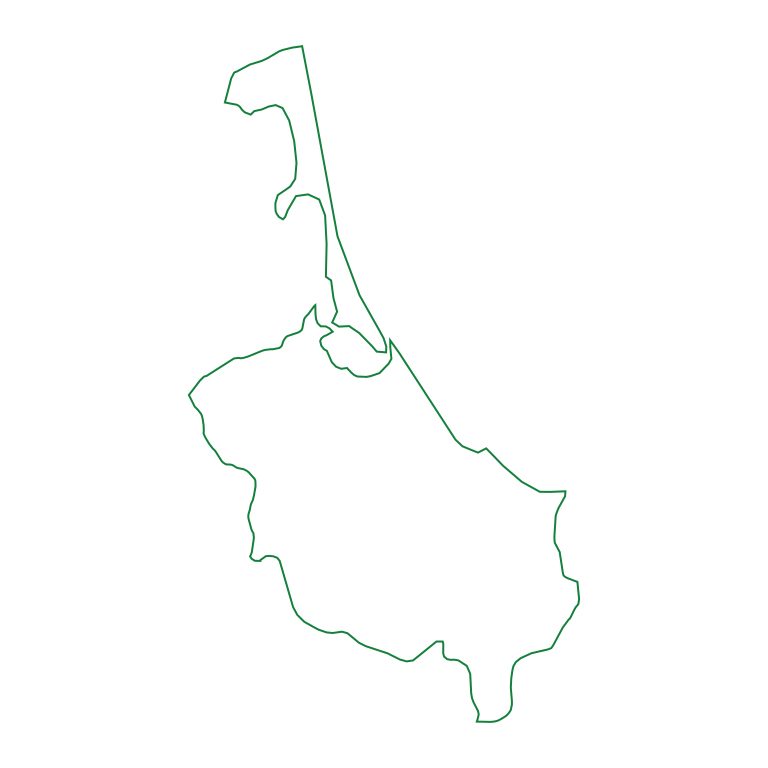 the Province of Songkhla
{"feature_id": "THA-386", "entity_name": "Songkhla", "entity_type": "Province", "adm_level": 1, "iso_a3": "THA", "parent_name": "Thailand", "parent_adm1": "", "projection": "robinson", "projection_center": [100.464, 7.118], "detail": "fine", "context": "isolated", "style": "outline", "palette": "green", "viewbox_px": 768, "rotation_deg": 0, "n_neighbors": 0, "source": "natural_earth", "source_scale": "10m", "svg_char_len": 3354}
<svg xmlns="http://www.w3.org/2000/svg" viewBox="0 0 768 768"><path d="M260.4,560.9L254.9,560.8L251.7,558.8L250.1,556.5L251.8,552.4L253.9,537.9L253.4,533.1L252.0,530.8L251.4,529.3L248.4,518.2L248.3,515.6L248.6,513.7L249.7,510.3L250.7,505.2L251.2,503.5L251.9,502.3L252.9,499.8L253.9,495.9L255.5,486.8L255.5,482.7L255.2,480.0L254.6,478.9L248.8,472.4L246.9,470.9L244.7,469.7L243.4,469.2L237.7,468.0L236.4,467.5L233.3,465.5L232.2,465.0L230.8,464.6L226.3,464.4L225.1,463.9L223.0,462.4L222.1,461.6L221.4,460.7L215.8,451.8L214.4,450.0L212.6,448.3L209.2,443.9L205.7,438.1L204.3,435.3L203.6,433.3L203.6,432.9L203.6,432.6L203.6,432.4L203.8,430.7L203.6,425.1L202.7,419.1L202.0,416.2L201.3,414.2L198.0,409.9L194.7,406.6L188.9,395.0L200.1,380.4L204.0,376.6L206.6,375.9L233.9,358.5L238.1,357.9L239.5,358.0L240.9,358.3L243.8,357.8L248.1,356.5L262.3,350.7L265.3,349.9L271.1,349.2L272.4,349.3L279.3,348.0L280.8,346.9L281.8,345.7L283.3,341.2L284.3,339.4L286.1,337.0L287.7,336.0L298.1,332.5L300.5,331.1L301.9,329.6L302.4,328.2L303.9,320.3L304.3,318.9L305.1,317.6L306.2,316.2L308.4,314.0L314.5,305.7L315.3,305.1L315.5,314.3L316.1,319.2L317.5,323.1L320.7,326.3L325.8,326.4L329.4,328.3L332.7,331.7L326.8,335.1L323.6,336.5L321.2,338.6L320.2,341.1L321.3,345.7L323.9,349.1L326.9,350.9L331.8,362.2L336.2,366.8L341.3,368.8L347.0,368.0L351.2,372.5L354.2,375.1L357.4,376.5L366.5,376.9L370.7,376.1L379.5,373.1L388.6,363.7L391.4,358.8L390.3,347.4L390.2,340.3L399.5,353.4L455.5,439.7L462.5,446.3L472.2,450.3L478.0,452.6L486.2,448.4L492.2,454.5L503.1,465.8L521.9,481.9L539.8,491.8L550.4,491.9L565.4,491.3L565.1,496.2L558.6,507.9L556.7,512.6L555.7,515.8L554.4,536.4L554.5,540.2L554.8,542.8L559.7,552.1L562.8,572.5L563.5,575.3L564.4,576.3L565.3,577.0L567.6,578.2L577.4,581.9L579.1,599.1L578.3,604.2L576.3,606.5L574.9,608.6L570.5,617.5L569.7,618.7L568.8,619.4L563.0,627.2L553.2,645.3L551.3,648.1L548.0,649.4L531.5,653.2L520.6,658.2L515.8,662.1L513.5,666.0L512.5,669.8L511.3,678.1L510.8,687.6L511.9,700.8L511.9,704.7L510.7,710.2L508.5,713.5L506.1,715.9L500.6,719.3L498.2,720.5L496.3,721.1L494.5,721.5L490.6,721.9L485.6,721.8L476.8,721.6L477.9,718.1L478.7,714.4L478.0,710.9L473.7,702.6L472.0,698.1L471.2,693.3L470.2,673.8L466.8,665.9L458.4,660.4L454.3,659.7L450.6,659.8L447.2,659.2L444.1,656.6L443.2,653.2L443.3,644.0L442.7,641.5L436.5,641.5L413.1,660.4L406.7,661.4L400.1,659.6L387.7,653.4L365.6,646.1L358.9,642.7L347.4,633.2L342.0,631.7L332.6,633.0L326.5,632.4L318.4,629.6L314.8,627.7L304.4,621.9L297.3,614.9L293.1,607.1L279.7,560.9L277.2,557.8L273.3,556.3L269.1,555.9L265.8,556.2L260.4,560.1L260.4,560.9ZM302.1,46.1L311.1,92.7L337.5,236.3L359.5,295.2L379.0,329.8L383.6,338.2L386.3,346.6L386.1,352.4L376.7,351.6L372.1,346.2L359.1,332.9L352.1,328.2L349.2,326.1L339.0,326.6L332.2,322.5L337.1,311.6L333.5,298.3L331.1,280.4L325.9,276.8L326.6,244.0L325.1,215.4L319.2,199.5L308.1,194.4L296.0,196.1L287.8,210.1L285.1,217.1L282.9,219.3L279.0,217.0L276.8,214.0L275.7,211.4L275.4,208.1L275.4,203.1L277.8,195.1L290.2,186.6L295.2,178.9L296.5,162.9L294.2,141.2L289.2,120.6L282.6,108.1L275.7,105.1L268.8,106.5L261.7,109.5L254.3,111.1L250.7,114.6L244.7,112.3L241.8,109.5L239.8,106.7L238.2,105.5L236.6,104.7L224.9,102.5L231.2,78.4L234.2,72.6L235.5,72.0L236.7,71.6L250.0,64.5L261.5,61.0L267.2,58.4L279.2,51.3L283.0,49.9L292.3,47.6L300.4,46.5L302.1,46.1Z" fill="none" stroke="#15803d" stroke-width="2"/></svg>